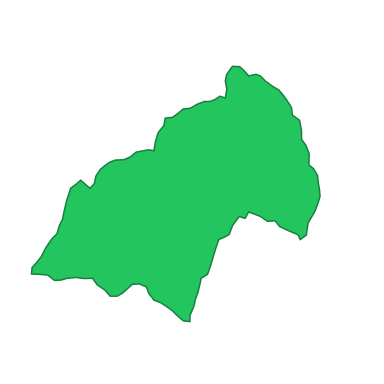 Alfredo Marcondes, São Paulo, Brazil (Natural Earth projection), rotated 201°
{"feature_id": "56859067B84367605837614", "entity_name": "Alfredo Marcondes", "entity_type": "district", "adm_level": 2, "iso_a3": "BRA", "parent_name": "Brazil", "parent_adm1": "São Paulo", "projection": "natural_earth1", "projection_center": [-51.395, -21.938], "detail": "fine", "context": "isolated", "style": "filled", "palette": "green", "viewbox_px": 384, "rotation_deg": 201, "n_neighbors": 0, "source": "geoboundaries", "source_scale": "gbopen_adm2", "svg_char_len": 1598}
<svg xmlns="http://www.w3.org/2000/svg" viewBox="0 0 384 384"><g transform="rotate(201 192 192)"><path d="M199.3,323.8L201.8,314.0L200.7,307.6L196.4,300.6L194.6,291.7L200.1,291.5L203.6,286.7L207.4,283.1L212.9,280.9L218.6,275.8L223.7,269.5L230.0,266.3L233.4,260.2L236.8,254.8L243.5,251.4L242.1,244.1L244.8,235.4L244.2,225.6L242.3,216.9L247.5,215.9L258.4,209.3L262.2,202.6L267.1,197.8L275.1,194.3L279.4,190.4L282.8,185.4L285.7,180.3L287.4,172.6L286.2,164.8L288.6,158.9L300.2,163.1L302.9,157.9L306.7,151.9L306.2,145.3L306.0,139.2L304.3,127.0L303.1,120.1L303.8,113.8L303.1,104.5L306.1,97.9L308.5,87.6L309.6,77.4L311.8,70.5L314.2,64.1L312.5,57.9L305.3,60.3L297.0,62.8L288.7,60.2L282.8,62.8L277.7,66.6L270.0,70.5L261.6,72.6L253.9,75.8L247.3,71.4L238.2,69.2L231.0,65.4L224.5,67.9L220.5,72.9L217.5,78.8L214.6,84.5L208.2,87.3L200.4,87.0L196.1,81.9L188.7,77.4L181.5,77.4L174.5,75.9L167.2,73.9L161.7,71.4L153.8,68.6L147.5,70.3L149.6,75.9L149.3,86.7L150.4,93.0L150.4,100.0L151.4,107.3L152.5,114.8L148.0,120.7L148.2,129.4L149.0,139.4L149.6,147.8L149.9,157.3L145.6,161.4L142.1,165.6L142.1,175.4L139.1,186.0L133.0,186.4L131.9,193.7L125.0,193.7L119.3,193.7L111.0,191.7L104.1,194.9L98.0,191.2L87.5,190.4L77.8,190.1L73.9,186.4L69.8,192.7L72.5,204.5L70.3,218.2L70.4,227.2L70.9,233.8L73.9,240.1L77.0,245.2L80.8,252.5L86.9,257.3L92.6,259.2L96.3,269.7L102.2,276.2L108.6,280.5L111.8,288.6L117.3,297.5L125.8,299.8L129.4,306.5L136.2,311.6L141.2,314.9L147.4,318.3L154.4,319.5L163.7,322.0L169.4,324.8L174.5,324.8L180.6,320.7L187.0,324.0L192.4,326.1L199.3,323.8Z" fill="#22c55e" stroke="#15803d" stroke-width="1.5"/></g></svg>